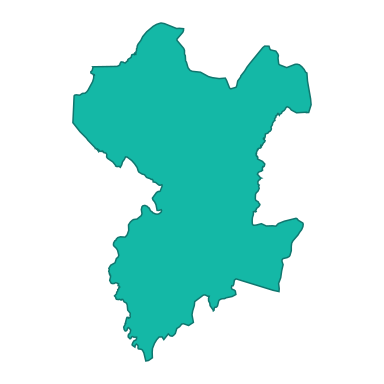 the district of Boulgou, Boulgou, Burkina Faso
{"feature_id": "67063806B79770817740465", "entity_name": "Boulgou", "entity_type": "district", "adm_level": 2, "iso_a3": "BFA", "parent_name": "Burkina Faso", "parent_adm1": "Boulgou", "projection": "natural_earth1", "projection_center": [-0.458, 11.461], "detail": "fine", "context": "isolated", "style": "filled", "palette": "teal", "viewbox_px": 384, "rotation_deg": 0, "n_neighbors": 0, "source": "geoboundaries", "source_scale": "gbopen_adm2", "svg_char_len": 5987}
<svg xmlns="http://www.w3.org/2000/svg" viewBox="0 0 384 384"><path d="M269.0,46.2L264.7,46.1L262.8,47.6L250.2,63.0L247.1,67.0L244.7,71.0L240.9,75.8L240.5,77.2L237.7,81.0L236.8,85.5L236.0,87.3L230.8,88.8L230.1,88.5L229.4,87.6L226.6,80.5L225.3,78.1L219.2,78.6L212.6,77.7L208.5,76.6L200.5,72.2L192.1,71.3L190.0,70.3L188.0,67.7L186.4,62.1L185.6,61.0L185.3,55.7L184.5,54.1L184.5,50.4L183.7,48.4L176.9,40.3L177.1,38.9L182.8,32.3L183.5,30.5L183.6,28.7L179.3,28.3L176.6,28.5L164.4,23.6L161.0,23.0L159.2,23.5L156.5,24.4L153.2,26.3L146.7,31.8L142.7,36.6L140.8,40.5L138.1,44.1L137.2,46.1L137.1,47.8L136.5,48.9L136.6,50.4L135.9,51.8L136.0,52.7L135.6,52.9L135.7,53.9L134.8,53.3L134.8,54.6L134.3,54.7L133.8,54.1L131.8,54.8L131.0,57.5L128.5,59.0L127.8,59.7L127.7,61.0L126.7,61.4L125.4,62.9L124.2,62.8L123.1,62.1L121.1,61.9L120.1,63.5L119.8,65.0L117.2,66.4L92.7,66.8L93.0,67.3L92.1,70.6L90.8,71.8L90.9,73.0L93.3,74.4L93.5,75.1L94.3,74.8L94.4,75.3L93.8,75.6L93.6,78.3L92.6,81.7L88.0,90.2L86.8,91.8L85.1,93.2L82.4,93.4L79.7,95.2L76.2,94.8L74.6,95.2L74.1,95.9L72.9,122.7L80.0,131.7L86.5,138.2L87.9,140.2L95.4,148.0L95.3,148.5L96.0,148.5L96.7,149.3L97.4,148.9L98.0,149.4L97.8,150.6L98.2,150.8L98.8,150.4L98.9,151.6L99.7,151.0L101.1,151.5L102.1,150.9L102.7,151.7L103.2,151.5L103.9,152.7L105.8,153.0L106.8,154.4L106.6,156.9L107.5,158.3L112.8,161.9L115.6,165.4L115.6,166.0L116.9,166.6L119.2,166.4L120.3,167.3L121.7,164.8L122.5,161.9L124.4,159.3L125.5,156.9L127.2,157.1L131.7,160.5L134.6,163.8L137.2,167.6L138.1,170.7L138.9,172.1L142.0,174.0L144.5,174.7L146.4,177.2L147.0,177.6L150.5,178.8L151.2,179.5L152.3,179.4L153.1,180.5L153.1,181.9L155.6,182.4L158.8,185.0L160.0,185.3L161.8,184.7L162.0,185.0L162.1,186.2L160.2,191.1L159.1,191.6L158.3,191.4L156.5,192.5L152.4,198.1L152.9,199.8L154.7,202.0L156.0,204.7L157.1,210.4L158.6,210.5L161.2,209.7L161.6,210.7L161.0,212.3L158.8,213.9L157.2,214.2L155.3,213.9L152.6,212.6L152.3,212.0L150.5,210.8L149.2,208.0L148.6,207.9L147.3,206.4L144.9,205.4L142.9,205.8L142.0,206.7L141.3,209.6L142.0,213.6L141.3,215.6L137.0,219.1L133.7,219.5L132.5,220.1L130.4,222.0L128.5,224.9L128.7,230.4L127.2,234.7L125.4,236.9L124.7,237.1L120.4,236.8L117.8,237.6L116.3,239.1L115.9,240.2L114.8,240.8L113.6,243.0L113.4,245.0L113.9,246.0L116.4,248.4L117.6,250.4L118.8,255.3L118.1,257.1L116.4,258.5L115.0,262.8L110.7,265.2L108.8,268.4L109.3,269.6L108.7,271.3L109.4,273.0L109.3,273.8L109.8,274.0L109.8,274.9L110.5,275.3L110.3,275.9L110.6,276.6L109.7,280.4L110.6,282.2L111.3,283.3L112.6,283.6L114.1,283.5L115.7,282.7L117.1,283.1L118.6,283.9L118.0,285.2L118.2,285.8L119.3,286.1L119.6,286.6L119.6,287.4L118.9,287.6L118.6,289.0L117.7,289.5L117.8,290.9L116.7,292.2L116.5,293.9L114.5,295.9L115.7,297.3L116.0,298.7L116.5,299.3L118.4,299.6L119.7,299.3L121.1,300.1L121.7,299.4L122.7,299.4L124.1,301.8L126.4,303.1L127.2,304.9L127.7,310.1L130.1,313.1L130.3,313.9L130.0,315.2L130.3,316.7L129.9,317.6L128.5,318.2L128.1,317.3L127.0,317.4L126.6,318.3L125.5,322.5L125.7,323.1L125.2,323.4L125.5,323.8L123.7,327.1L124.2,329.6L125.2,331.0L125.9,331.0L126.9,330.3L127.6,328.2L128.6,327.6L130.7,330.0L130.1,332.7L129.6,333.6L128.6,334.2L128.2,335.6L128.2,337.0L130.0,338.8L130.7,338.6L131.9,336.7L132.7,336.5L133.8,337.2L136.6,337.2L136.5,338.8L135.8,340.1L134.1,340.7L133.0,342.3L132.1,344.4L132.3,345.3L134.9,347.1L135.3,345.4L136.4,344.1L137.8,345.2L138.1,346.0L138.0,348.1L138.4,348.9L140.9,349.2L142.4,350.0L143.9,353.0L145.8,361.0L148.5,360.5L152.4,357.8L152.2,352.3L152.5,348.4L154.5,343.3L156.7,339.7L159.1,337.0L162.0,336.9L163.8,339.6L168.3,333.9L170.1,335.8L172.2,336.2L173.5,335.4L175.3,333.5L176.8,328.5L179.6,326.7L181.7,324.1L183.5,323.7L188.6,325.5L193.4,322.4L192.0,314.8L192.7,310.8L194.3,305.6L194.7,301.6L203.3,295.1L205.1,294.9L207.7,296.2L209.2,296.3L208.5,298.2L208.6,300.9L209.8,303.2L210.1,305.7L213.1,310.0L213.3,310.8L214.0,310.3L214.2,308.3L214.9,307.3L216.5,307.1L217.5,305.9L218.7,301.0L219.4,299.9L221.7,298.8L224.7,298.6L226.1,297.8L232.2,296.5L235.9,294.5L235.3,291.0L234.2,290.0L232.0,289.2L231.4,287.9L231.8,285.8L233.0,285.8L233.7,284.4L234.4,280.1L236.1,278.9L273.1,290.3L279.0,291.6L279.2,288.6L278.6,283.4L280.7,277.8L281.7,270.8L283.1,264.7L282.0,261.4L282.0,259.9L283.0,258.6L287.2,257.6L289.2,256.5L289.9,255.5L291.3,250.7L291.3,246.3L291.7,243.1L293.1,240.6L297.9,235.1L299.6,232.3L301.6,229.7L302.9,226.7L303.2,224.1L302.8,223.0L298.3,220.3L297.0,218.7L296.0,218.3L284.3,221.2L278.3,223.6L275.8,226.2L272.7,225.8L266.3,226.0L261.4,223.7L256.1,225.1L253.5,225.3L252.7,224.5L252.3,223.7L252.2,220.6L252.4,217.7L253.4,214.5L253.4,211.7L254.1,211.5L255.5,211.9L256.0,211.6L256.2,211.4L255.5,210.6L256.3,209.5L256.5,208.5L258.8,206.6L259.9,204.8L259.8,204.2L259.0,203.5L258.2,201.8L255.8,200.4L255.3,198.7L255.5,194.3L256.2,192.9L258.0,191.1L259.2,188.4L258.6,186.3L259.2,185.1L258.1,184.3L257.8,181.8L258.7,180.3L260.1,179.4L260.3,178.4L261.3,178.1L260.4,177.7L257.4,174.2L257.9,173.1L259.1,171.8L261.5,171.1L261.7,170.4L262.5,170.4L262.4,167.7L262.9,166.6L263.5,166.9L264.3,166.1L264.8,164.0L262.5,161.4L257.6,159.0L257.8,157.4L257.4,156.3L256.7,156.5L256.1,155.0L256.5,153.8L256.1,153.6L257.6,149.4L258.0,149.6L258.5,148.4L260.5,148.0L260.5,147.6L261.4,147.0L261.4,146.7L260.7,146.8L260.8,145.2L262.2,145.3L263.4,143.0L264.7,141.8L265.1,140.6L263.5,139.2L263.4,138.4L263.7,138.0L264.5,138.4L265.1,137.0L265.4,134.0L267.9,133.1L269.1,131.6L270.0,131.3L271.1,129.9L271.4,128.8L271.0,127.0L272.4,124.8L272.6,123.0L274.5,120.4L274.9,120.4L274.6,118.6L275.6,117.6L276.0,116.8L275.7,116.1L277.1,115.0L277.7,113.5L278.0,113.4L279.3,115.3L279.9,114.1L281.4,113.4L282.3,111.6L284.1,110.5L285.5,108.7L285.9,107.6L287.2,106.7L289.6,107.9L291.3,110.0L296.5,112.8L306.4,112.2L306.4,112.6L308.7,112.5L311.1,104.8L310.6,98.9L307.5,81.1L306.9,73.0L305.6,72.2L304.1,69.4L301.8,66.7L299.4,64.8L297.2,64.2L295.1,64.3L286.7,67.6L279.5,64.8L278.8,64.1L278.6,63.1L278.0,58.0L278.4,55.7L277.9,54.1L275.8,51.1L270.6,49.9L269.9,49.0L269.0,46.2Z" fill="#14b8a6" stroke="#0f766e" stroke-width="1.5"/></svg>